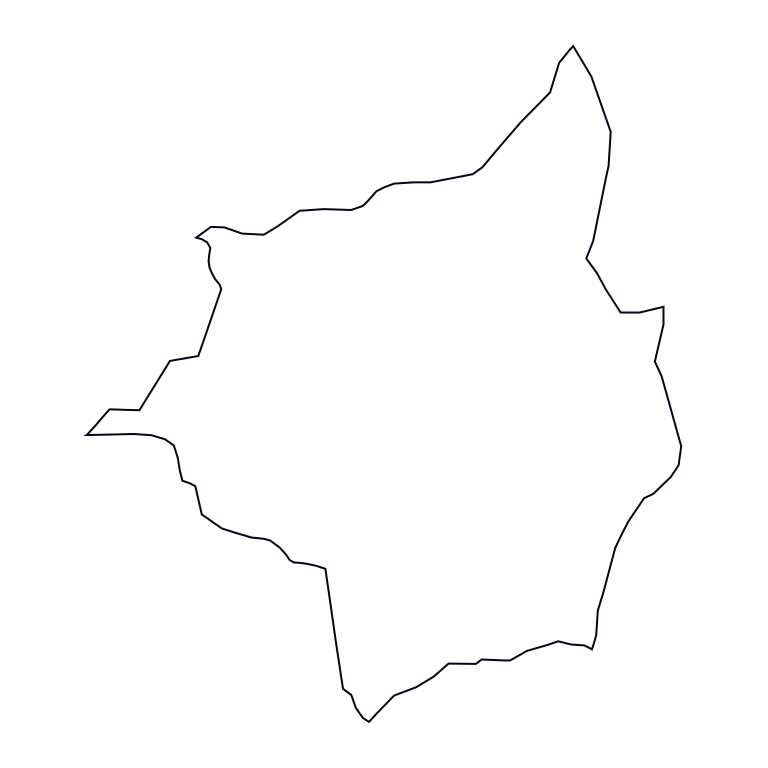 Jebel Moon, Western Darfur, Sudan
{"feature_id": "16777658B1532389349494", "entity_name": "Jebel Moon", "entity_type": "district", "adm_level": 2, "iso_a3": "SDN", "parent_name": "Sudan", "parent_adm1": "Western Darfur", "projection": "equal_earth", "projection_center": [22.923, 14.08], "detail": "fine", "context": "isolated", "style": "outline", "palette": "ink", "viewbox_px": 768, "rotation_deg": 0, "n_neighbors": 0, "source": "geoboundaries", "source_scale": "gbopen_adm2", "svg_char_len": 2646}
<svg xmlns="http://www.w3.org/2000/svg" viewBox="0 0 768 768"><path d="M610.7,132.2L610.6,131.5L610.1,130.1L600.9,103.8L591.4,76.6L573.2,46.1L571.1,48.4L569.8,49.7L559.1,62.9L551.6,87.4L550.1,92.4L520.6,122.4L497.6,149.1L482.6,167.1L472.7,174.2L430.7,182.3L414.5,182.3L394.2,183.6L384.5,187.2L376.5,191.2L367.5,201.4L362.6,206.0L351.2,210.0L323.6,209.1L299.5,210.8L277.7,226.3L263.8,234.7L248.2,233.9L242.1,233.6L224.4,227.4L210.9,226.9L198.5,236.0L196.2,237.6L198.5,238.3L201.9,239.2L207.1,242.3L210.3,247.9L209.9,250.5L209.2,254.7L208.6,261.3L209.6,267.8L211.6,272.6L215.1,279.1L219.9,285.0L221.2,289.4L205.6,334.9L198.3,356.0L170.0,360.9L139.4,410.2L126.9,409.9L118.8,409.6L111.4,409.4L109.5,409.4L105.3,414.1L101.4,418.6L97.0,423.8L96.6,424.3L96.0,425.0L87.0,434.8L86.7,435.0L89.4,435.0L117.0,434.4L133.7,434.0L151.3,435.2L165.0,439.3L173.8,445.4L177.9,458.3L179.7,470.0L182.4,480.7L190.0,483.4L195.3,486.1L201.8,514.5L221.8,528.4L234.4,532.5L251.3,537.5L263.8,538.8L270.1,540.5L277.5,545.9L279.5,547.4L286.0,554.5L289.7,560.1L294.0,562.5L299.6,562.8L306.1,563.7L310.7,564.6L316.1,565.8L325.4,568.8L330.7,605.6L336.2,644.0L343.0,688.8L351.3,695.0L355.8,707.8L362.8,717.9L369.0,721.9L376.7,713.5L394.0,695.6L416.2,687.2L433.7,676.6L448.5,663.6L475.9,663.9L481.6,659.5L505.6,660.5L510.2,660.4L526.9,650.9L547.3,645.0L558.3,641.3L565.0,643.0L571.2,644.5L582.5,645.3L584.4,645.4L590.8,648.7L591.7,649.1L591.9,649.3L593.9,643.4L596.2,635.2L596.3,633.9L597.8,610.6L599.2,606.0L601.4,598.8L602.5,595.4L603.3,592.6L603.7,591.1L603.8,590.8L604.7,587.5L605.4,584.8L605.8,583.4L608.0,575.0L608.5,573.1L609.0,571.2L609.8,568.4L611.8,560.8L613.7,553.7L615.3,547.7L615.4,547.4L616.3,545.7L616.5,545.2L616.8,544.7L617.0,544.1L617.2,543.8L619.7,538.4L628.1,521.8L644.1,498.2L653.3,493.8L670.9,476.9L677.4,467.0L678.6,465.2L681.1,447.3L681.3,446.5L673.8,419.8L666.8,394.6L661.7,376.5L657.4,367.1L655.1,362.2L654.8,361.6L655.2,360.3L655.6,358.5L655.7,358.1L655.8,357.7L655.8,357.4L661.3,333.9L662.3,329.6L662.5,328.8L663.5,324.6L663.5,319.2L663.5,313.0L663.5,306.8L639.8,312.5L630.8,312.5L621.4,312.5L620.6,312.5L611.6,298.4L611.2,297.7L610.3,296.4L608.3,293.3L606.0,289.7L605.8,289.5L605.4,288.6L604.9,287.8L604.6,287.2L604.4,286.8L604.2,286.4L603.8,285.7L603.5,285.1L603.1,284.4L600.3,279.2L597.1,273.3L592.0,266.3L590.2,263.9L589.9,263.4L586.3,258.5L587.0,256.6L587.3,255.8L588.0,254.2L590.2,248.6L590.5,247.7L590.8,247.1L591.2,246.0L592.3,243.1L592.5,242.6L592.9,241.5L593.2,240.8L596.0,227.2L597.4,220.0L603.8,188.4L604.9,183.0L605.6,179.6L608.6,165.7L609.4,152.7L610.2,140.3L610.6,133.3L610.7,132.2Z" fill="none" stroke="#020617" stroke-width="2"/></svg>